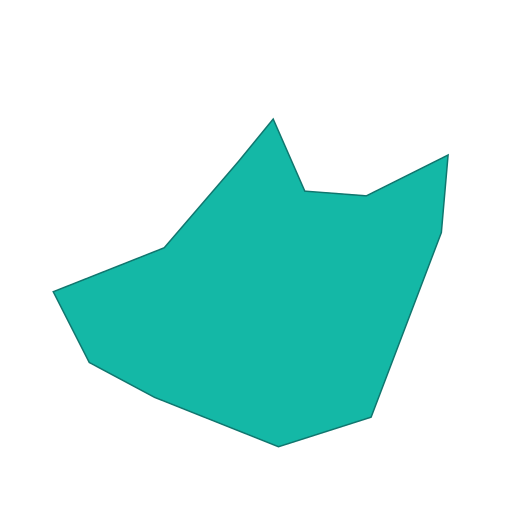 the border of Msida, rotated 114°
{"feature_id": "MLT-5940", "entity_name": "Msida", "entity_type": "state/province", "adm_level": 1, "iso_a3": "MLT", "parent_name": "Malta", "parent_adm1": "", "projection": "mercator", "projection_center": [14.482, 35.893], "detail": "fine", "context": "isolated", "style": "filled", "palette": "teal", "viewbox_px": 512, "rotation_deg": 114, "n_neighbors": 0, "source": "natural_earth", "source_scale": "10m", "svg_char_len": 324}
<svg xmlns="http://www.w3.org/2000/svg" viewBox="0 0 512 512"><g transform="rotate(114 256 256)"><path d="M371.1,426.7L285.8,343.2L176.9,310.5L123.9,296.0L176.9,237.8L156.2,179.7L85.6,121.6L159.2,96.2L356.4,85.3L421.1,157.9L426.4,291.2L421.1,365.0L371.1,426.7Z" fill="#14b8a6" stroke="#0f766e" stroke-width="1.5"/></g></svg>